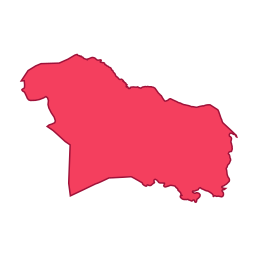 Al Radoum, Southern Darfur, Sudan, rotated 273°
{"feature_id": "16777658B70477888733853", "entity_name": "Al Radoum", "entity_type": "district", "adm_level": 2, "iso_a3": "SDN", "parent_name": "Sudan", "parent_adm1": "Southern Darfur", "projection": "natural_earth1", "projection_center": [24.105, 9.73], "detail": "fine", "context": "isolated", "style": "filled", "palette": "rose", "viewbox_px": 256, "rotation_deg": 273, "n_neighbors": 0, "source": "geoboundaries", "source_scale": "gbopen_adm2", "svg_char_len": 5812}
<svg xmlns="http://www.w3.org/2000/svg" viewBox="0 0 256 256"><g transform="rotate(273 128 128)"><path d="M169.4,18.9L169.8,21.9L165.6,22.5L163.0,22.5L162.2,22.0L161.9,21.4L160.9,20.1L160.6,20.0L160.2,20.2L159.4,20.9L158.8,22.1L158.2,22.9L154.7,24.8L152.3,26.0L150.9,27.3L150.4,29.1L150.8,34.0L151.8,38.0L153.6,42.1L155.1,44.4L153.9,46.1L151.2,47.1L147.2,46.9L143.9,47.9L139.3,50.5L135.0,53.7L131.3,55.1L129.4,54.5L128.0,51.8L126.9,49.0L125.3,47.2L121.6,53.3L116.9,59.1L111.2,66.0L108.1,71.1L74.6,71.6L69.7,71.7L57.2,74.0L64.0,86.6L70.4,98.3L70.6,98.7L71.4,100.7L73.0,103.9L75.9,109.3L77.2,111.7L77.4,114.1L78.6,125.6L79.5,133.5L79.4,134.1L77.8,137.6L77.4,138.3L76.0,141.2L75.5,142.1L74.5,144.1L74.0,145.0L73.5,145.3L72.8,145.6L72.0,146.5L71.5,147.3L70.9,148.8L71.0,149.6L71.4,149.8L72.1,150.1L72.2,150.7L71.7,152.0L71.7,152.8L71.8,153.7L71.9,153.9L72.6,154.7L72.9,154.9L73.6,155.8L74.4,156.5L74.4,156.9L75.1,157.3L75.5,157.1L75.9,156.8L76.7,156.6L77.3,156.7L76.8,156.6L77.3,156.7L78.0,157.3L78.2,158.0L77.5,159.5L76.8,160.1L76.3,160.8L75.4,161.4L75.0,162.1L74.8,162.8L74.8,163.9L74.9,164.8L74.8,166.6L74.8,167.3L74.4,167.4L73.9,167.3L73.2,167.0L72.1,166.7L71.3,167.4L71.1,168.2L71.2,168.8L72.2,171.6L72.8,172.8L73.0,173.5L73.0,174.4L72.7,176.9L72.4,178.0L71.2,179.1L70.5,180.1L70.0,180.6L69.6,180.9L68.3,181.3L68.0,181.9L66.8,183.2L66.4,183.7L65.9,184.0L65.1,184.3L65.9,184.0L66.3,183.7L66.8,183.2L67.9,181.9L68.3,181.3L68.8,181.2L69.5,180.9L69.9,180.6L70.3,180.3L70.4,180.1L71.1,179.1L72.4,178.0L72.7,176.9L73.0,174.4L72.9,173.5L73.0,174.4L72.7,176.9L72.4,178.0L71.1,179.1L70.3,180.2L69.9,180.6L69.5,180.9L68.3,181.3L67.9,181.9L66.3,183.7L65.9,184.0L65.1,184.3L64.8,184.2L64.4,184.4L64.2,184.6L63.8,185.2L63.6,185.4L63.3,185.0L63.3,184.4L63.1,184.0L62.7,183.8L62.0,183.8L61.3,184.2L60.9,184.7L59.9,186.0L59.5,187.7L59.6,188.8L59.6,190.3L59.9,191.6L59.3,192.5L59.2,193.2L58.4,195.4L58.5,195.8L59.5,196.9L59.5,197.3L59.4,197.9L57.7,198.7L57.4,199.6L57.7,200.0L58.8,200.4L59.7,200.4L60.3,200.6L60.8,201.0L61.3,201.7L63.1,203.2L64.1,203.5L65.3,203.4L66.1,202.6L66.6,201.9L67.0,200.3L67.0,199.7L66.4,198.8L66.3,197.7L66.8,196.9L67.1,196.0L67.8,195.7L68.4,196.0L68.5,196.8L68.5,197.6L68.7,198.3L69.2,199.0L69.4,199.8L69.7,200.5L70.0,201.2L70.2,201.4L71.1,201.7L71.5,202.1L71.9,202.6L72.2,203.2L72.1,203.6L71.5,204.1L71.3,204.6L71.0,205.1L70.9,205.7L70.2,207.4L70.2,207.6L69.7,208.4L69.7,208.9L69.4,209.5L69.3,210.8L68.4,212.8L68.0,213.4L67.5,214.3L66.5,215.7L65.8,216.3L64.8,216.7L64.2,216.7L64.1,216.8L64.2,217.2L64.5,217.4L64.9,218.0L64.9,218.5L64.4,219.8L64.4,220.3L64.7,221.7L64.2,224.8L64.2,225.2L64.7,226.2L65.2,226.3L66.0,226.8L67.0,226.8L68.2,226.6L69.9,225.3L70.6,225.2L70.9,225.3L71.3,225.9L71.3,226.5L71.4,226.9L71.7,227.5L72.7,228.6L72.7,227.1L73.3,225.1L73.9,224.7L74.2,224.8L74.5,224.9L75.5,227.0L76.0,227.5L77.2,229.3L80.0,231.8L80.7,232.0L81.6,232.0L82.1,231.9L83.0,231.5L84.4,230.4L85.3,230.0L86.9,229.4L91.1,228.7L92.4,228.2L93.1,228.3L93.7,228.8L94.5,229.1L95.9,229.4L96.3,229.6L96.7,229.9L97.5,230.6L98.0,231.0L100.6,231.9L101.3,232.2L102.8,231.9L103.8,231.3L104.9,231.2L106.3,230.7L106.8,230.3L107.1,229.9L107.7,229.5L108.7,229.9L109.2,230.2L109.6,230.6L109.7,231.0L109.9,232.3L110.2,232.6L112.5,233.2L113.3,233.1L114.1,232.9L114.5,233.0L115.5,232.8L116.6,232.4L117.6,232.2L119.3,231.5L120.1,231.5L122.3,231.9L123.0,231.9L123.6,231.7L124.5,231.0L125.1,229.8L126.3,229.5L126.9,229.5L128.0,230.2L128.2,230.6L128.2,231.6L127.2,233.8L126.9,235.1L126.5,236.0L125.6,236.1L125.2,236.4L124.8,236.7L124.7,237.1L126.5,236.4L126.7,236.0L130.6,231.5L137.8,222.9L138.5,222.2L139.5,221.7L141.5,221.0L142.2,220.5L147.7,218.3L149.6,217.5L150.3,217.1L150.9,216.7L155.4,208.8L155.4,207.7L155.2,205.8L154.9,204.5L153.9,201.9L154.0,201.1L153.5,199.6L153.5,199.1L153.0,197.7L152.9,197.2L152.6,196.7L152.2,194.9L152.4,194.2L152.4,193.9L152.7,191.7L152.7,191.1L152.6,190.5L153.5,187.5L154.0,184.4L154.2,183.4L154.2,182.7L154.8,180.9L155.7,178.8L155.7,178.3L156.3,176.2L156.7,175.7L158.1,172.1L159.4,169.0L159.4,168.4L158.6,167.1L157.9,166.5L157.4,165.6L156.8,164.0L156.8,163.5L157.2,162.9L159.0,161.5L160.4,160.5L161.2,160.1L162.0,159.5L162.5,158.8L162.8,158.3L163.2,158.1L164.4,156.6L169.1,152.9L169.7,151.8L170.1,150.8L170.1,149.9L170.4,149.2L170.3,146.9L170.5,145.3L170.2,144.7L170.2,144.3L170.3,143.4L170.3,142.8L170.0,142.1L169.8,140.8L169.5,140.1L169.1,139.6L168.7,139.2L168.5,138.4L168.7,137.8L168.8,136.9L169.3,135.9L169.6,135.6L169.2,134.4L169.2,132.5L169.3,131.4L169.1,129.9L169.0,129.2L168.7,128.2L168.2,128.0L167.9,128.1L167.7,127.8L167.7,127.4L167.4,127.0L167.5,126.6L168.0,126.0L168.5,126.0L169.3,125.3L169.2,124.8L168.9,124.3L169.1,124.1L170.2,124.1L171.1,124.7L171.6,123.7L172.2,123.7L172.7,123.3L173.2,122.5L173.2,122.1L173.5,121.8L173.8,121.8L174.3,121.4L174.5,120.6L175.2,120.7L176.2,119.4L176.4,118.8L176.0,117.4L176.7,116.0L177.1,115.8L177.9,115.1L178.5,114.3L178.6,113.8L179.0,113.4L180.0,112.8L181.7,112.0L182.7,110.8L183.5,110.2L184.5,109.8L184.7,109.6L184.9,109.0L185.0,108.7L186.0,108.3L186.4,108.0L186.9,107.8L187.2,107.4L187.4,106.9L187.9,105.6L188.7,104.7L188.9,103.8L189.1,103.4L189.7,102.9L190.1,101.7L190.4,101.5L191.0,101.4L191.3,101.3L191.8,100.7L191.8,100.3L192.0,99.8L191.9,99.0L192.2,98.2L192.2,97.4L192.3,97.0L192.6,96.8L193.0,97.0L193.9,97.7L194.4,97.6L194.6,97.2L194.5,96.2L194.2,95.1L194.2,93.8L195.6,91.8L196.1,91.3L196.5,89.8L196.6,88.9L196.4,87.9L195.5,86.0L195.0,84.9L194.9,84.4L194.8,84.2L194.3,84.1L194.0,83.9L194.0,83.6L194.5,83.0L194.5,82.2L195.1,80.7L195.1,80.4L195.2,80.0L195.6,79.7L196.1,79.4L196.4,79.0L196.5,78.5L196.5,78.4L196.7,77.8L196.8,77.4L197.4,77.2L197.1,76.4L197.6,75.8L197.6,75.5L197.7,75.4L197.9,74.2L198.8,73.3L198.0,71.1L193.5,64.3L189.2,55.8L187.7,37.8L185.2,32.6L180.1,25.2L169.4,18.9Z" fill="#f43f5e" stroke="#9f1239" stroke-width="1.5"/></g></svg>